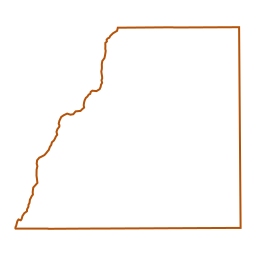 La Plata, Colorado, United States of America (Albers equal-area conic projection)
{"feature_id": "52423323B97319640359332", "entity_name": "La Plata", "entity_type": "district", "adm_level": 2, "iso_a3": "USA", "parent_name": "United States of America", "parent_adm1": "Colorado", "projection": "albers", "projection_center": [-108.15, 37.32], "detail": "fine", "context": "isolated", "style": "outline", "palette": "amber", "viewbox_px": 256, "rotation_deg": 0, "n_neighbors": 0, "source": "geoboundaries", "source_scale": "gbopen_adm2", "svg_char_len": 1396}
<svg xmlns="http://www.w3.org/2000/svg" viewBox="0 0 256 256"><path d="M239.6,95.2L239.1,27.2L174.2,27.5L172.4,27.3L117.8,27.7L117.1,30.8L113.1,33.2L110.3,35.9L109.3,37.7L107.6,38.5L106.6,39.8L106.9,41.4L106.2,42.2L105.4,42.8L105.3,44.2L105.4,45.8L105.3,49.0L105.7,50.8L105.4,53.1L105.0,55.6L104.4,58.2L102.3,61.0L101.8,64.3L101.9,67.2L101.8,69.1L101.3,71.5L101.6,73.6L102.1,76.6L102.2,78.4L101.5,80.2L102.1,82.8L101.0,84.8L100.6,87.0L99.6,89.2L98.1,90.1L96.5,91.1L94.3,90.9L92.3,90.7L90.7,91.9L90.2,93.9L88.7,94.6L87.3,96.7L85.9,97.8L84.7,100.2L84.1,102.4L83.7,105.2L84.1,107.6L82.3,109.1L80.5,110.9L75.6,111.4L73.3,114.2L70.5,114.7L67.1,113.6L63.6,115.3L61.2,117.0L59.4,120.8L58.7,123.8L59.4,125.1L59.3,126.7L57.4,129.2L56.5,131.8L57.2,134.8L55.8,136.6L55.1,138.3L53.9,140.5L51.9,142.3L51.2,145.0L49.9,146.8L48.8,149.9L48.0,150.8L46.2,153.1L44.4,155.1L41.4,156.7L39.3,157.7L37.1,160.3L36.7,163.7L37.4,166.2L36.6,169.6L36.5,175.7L37.0,179.2L37.4,182.9L33.3,187.5L32.9,190.1L32.7,192.4L32.9,194.6L31.7,196.1L30.8,198.0L29.9,199.7L29.7,201.3L29.4,203.2L28.5,204.7L28.4,206.8L27.1,209.2L26.9,211.3L24.3,213.2L22.4,216.1L22.0,217.8L21.4,219.5L20.7,220.3L19.7,219.9L18.5,219.5L17.3,221.3L16.7,223.7L16.1,226.0L15.5,227.1L15.4,228.3L15.6,228.6L30.3,228.6L38.4,228.6L38.5,228.6L47.9,228.6L48.2,228.8L102.3,228.5L110.5,228.5L240.6,227.9L239.6,95.2Z" fill="none" stroke="#b45309" stroke-width="2"/></svg>